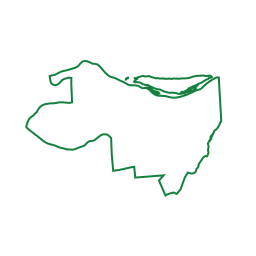 outline of Berón de Astrada, Corrientes, Argentina, rotated 348°
{"feature_id": "61730980B95294752297782", "entity_name": "Berón de Astrada", "entity_type": "district", "adm_level": 2, "iso_a3": "ARG", "parent_name": "Argentina", "parent_adm1": "Corrientes", "projection": "albers", "projection_center": [-57.552, -27.488], "detail": "fine", "context": "isolated", "style": "outline", "palette": "green", "viewbox_px": 256, "rotation_deg": 348, "n_neighbors": 0, "source": "geoboundaries", "source_scale": "gbopen_adm2", "svg_char_len": 5738}
<svg xmlns="http://www.w3.org/2000/svg" viewBox="0 0 256 256"><g transform="rotate(348 128 128)"><path d="M47.0,126.9L53.2,130.1L55.8,132.1L56.8,132.7L59.2,133.9L61.8,135.1L63.5,136.1L65.5,136.7L66.9,137.0L69.3,137.7L71.3,137.7L76.5,136.8L81.0,136.3L81.8,136.0L82.6,135.6L84.3,134.3L86.6,133.2L87.8,132.9L89.3,132.9L91.3,133.3L92.4,133.0L96.4,131.1L99.4,129.7L101.1,129.2L103.0,129.1L105.6,129.8L106.7,130.5L108.0,132.1L109.4,134.4L106.7,150.0L104.6,166.8L110.7,167.2L123.2,167.1L126.0,167.2L124.8,178.0L153.0,181.7L147.4,185.8L150.6,201.8L152.5,201.1L155.1,200.8L159.0,200.6L159.6,200.8L161.9,202.6L166.4,199.2L166.9,198.5L173.3,188.2L177.4,184.1L177.8,184.5L180.7,185.8L182.4,185.9L183.3,185.8L184.3,185.4L185.2,184.7L185.8,183.8L186.5,182.3L187.2,181.7L187.9,181.3L188.6,180.7L189.1,179.9L189.4,178.7L189.7,178.1L190.2,177.5L194.5,173.5L195.3,172.6L195.8,172.3L197.7,171.5L199.3,172.2L199.9,171.6L201.6,169.0L201.6,166.5L203.0,162.7L202.9,159.9L204.9,157.4L205.6,157.5L205.8,156.7L206.2,156.7L206.6,155.3L207.3,155.6L207.6,154.3L208.1,153.8L207.3,153.6L208.4,152.3L209.2,152.4L210.3,150.8L211.3,150.0L211.4,149.1L212.7,148.3L214.2,147.6L215.1,147.0L216.2,145.9L218.0,143.9L219.5,141.9L220.7,140.5L222.2,130.6L227.3,97.4L226.6,97.4L225.3,97.0L224.1,97.1L219.6,98.6L216.9,99.6L214.5,100.8L209.6,103.5L208.0,104.6L206.4,105.1L202.8,105.3L200.7,105.7L198.1,106.5L196.5,106.7L192.1,107.8L184.5,108.4L182.0,108.3L178.6,107.8L176.3,107.0L170.8,104.4L168.1,103.6L166.1,103.2L164.5,102.7L163.9,102.6L162.4,101.7L160.8,100.5L159.6,99.1L158.6,97.9L158.0,96.8L156.9,95.2L155.1,93.4L153.5,92.5L151.1,92.2L150.1,91.9L146.6,88.8L146.0,88.6L144.2,87.8L140.2,87.0L138.2,86.2L137.0,85.5L135.9,84.5L135.6,84.3L133.0,82.0L130.3,80.1L126.4,77.0L124.5,75.8L122.5,74.8L120.6,73.6L119.6,72.5L118.7,71.3L118.4,70.7L117.4,69.5L116.3,67.5L113.1,61.7L112.2,60.4L111.2,59.5L109.9,58.8L108.3,58.1L107.4,58.0L106.1,57.4L105.1,56.4L103.4,55.1L101.4,54.0L99.9,53.6L98.0,53.4L96.4,54.0L93.9,55.7L92.8,56.6L91.6,57.3L90.3,57.7L87.7,58.2L84.4,58.5L79.5,58.8L75.8,58.8L73.0,59.3L67.3,60.8L62.2,60.8L61.9,65.0L61.9,66.6L62.2,67.9L63.0,69.4L64.4,70.5L65.8,71.0L66.5,71.0L68.3,70.8L70.3,69.8L72.0,68.7L73.1,67.7L74.3,67.1L75.7,66.8L80.3,66.4L81.1,66.6L82.0,67.1L83.0,67.2L81.7,73.2L78.6,91.3L76.5,91.3L74.8,91.0L70.8,89.7L67.3,88.8L65.6,88.6L63.0,88.6L61.5,88.5L59.9,88.3L57.5,87.8L55.4,87.6L51.8,87.5L49.9,87.7L48.2,88.2L46.6,89.0L44.5,90.7L42.0,93.5L39.7,94.8L37.6,96.3L36.1,96.8L33.9,98.0L32.8,99.0L31.5,100.7L29.8,103.3L28.7,105.8L29.4,107.2L30.9,109.2L36.3,115.6L37.8,117.3L42.7,123.4L44.7,125.2L46.3,126.5L47.0,126.9ZM155.0,81.0L154.0,80.4L153.5,80.2L152.7,80.1L151.8,80.2L150.3,80.4L148.9,80.4L147.9,80.6L147.3,80.7L146.9,80.7L146.7,80.8L146.0,80.8L144.7,80.7L144.5,80.8L144.1,81.0L144.3,81.0L145.1,81.1L145.5,81.6L145.8,81.8L146.1,81.6L146.3,81.3L146.5,81.2L147.2,81.3L147.5,81.4L147.5,81.6L147.3,81.8L146.4,82.1L145.3,82.8L144.4,83.5L143.8,83.7L143.6,84.0L144.6,84.7L146.4,85.0L147.4,85.4L148.7,85.8L149.6,86.3L150.3,86.9L151.7,88.4L152.6,88.7L153.6,89.3L155.1,89.8L155.8,89.9L156.7,90.3L158.2,91.8L162.8,95.1L164.1,95.7L164.1,95.9L164.4,96.1L165.5,96.5L166.4,96.7L167.8,97.4L169.2,98.5L170.6,99.6L173.4,101.0L174.1,101.4L174.3,101.5L175.6,102.1L177.0,102.4L177.8,102.4L181.8,103.6L182.7,104.0L183.3,104.5L184.8,105.2L185.9,105.3L186.4,105.1L187.0,104.7L187.3,104.3L188.0,103.8L188.5,103.8L189.6,104.4L190.0,104.4L190.6,104.3L191.3,103.9L193.5,103.3L194.3,102.9L195.2,102.2L195.6,102.0L198.9,101.1L200.0,100.8L200.8,100.7L203.2,100.3L204.1,100.1L205.2,99.7L205.8,99.7L206.3,99.5L207.4,99.2L209.1,99.0L211.0,98.3L212.4,97.7L212.8,97.7L213.3,97.6L213.5,97.4L214.1,97.1L215.7,96.8L216.2,96.8L216.9,96.6L217.8,95.8L218.2,96.0L218.7,96.0L219.6,95.8L220.5,95.8L220.6,95.2L219.2,93.9L218.7,93.7L216.8,93.6L216.2,93.7L214.2,93.1L213.5,92.6L212.7,92.4L210.2,91.9L209.2,91.9L205.7,91.2L203.1,91.3L202.8,91.4L202.3,91.3L201.0,91.3L199.9,91.7L198.9,91.6L197.1,91.7L194.0,91.3L193.7,91.3L192.9,91.0L187.3,90.3L185.7,89.7L184.5,89.5L182.7,89.0L181.1,89.1L180.6,89.0L179.7,88.6L177.9,88.1L177.4,88.2L173.6,87.3L173.1,87.1L172.9,86.8L170.9,86.6L170.1,86.3L169.2,86.2L168.6,85.9L167.4,85.4L166.3,85.3L165.2,85.0L163.8,84.1L161.9,83.3L161.2,83.0L159.4,81.6L158.9,81.4L158.2,81.4L158.0,81.5L157.6,81.5L156.4,81.3L155.0,81.0ZM202.7,102.6L202.4,102.2L201.3,102.3L200.5,102.3L199.7,102.3L197.5,102.9L196.6,103.1L195.6,103.5L195.0,103.6L192.9,104.8L192.6,105.2L192.7,105.3L192.8,105.4L193.0,105.4L193.6,105.2L194.4,105.1L194.8,104.9L195.4,104.8L196.4,104.8L196.9,105.0L197.3,105.0L199.1,104.9L201.3,104.3L201.9,103.9L202.3,103.4L202.7,103.2L202.7,102.6ZM165.2,99.4L163.3,98.3L162.6,98.1L161.9,97.6L161.3,97.3L160.5,96.5L160.0,96.6L160.4,97.1L161.3,99.0L161.5,99.2L162.2,99.4L162.7,99.4L163.1,99.2L165.0,99.9L165.6,100.2L165.5,99.8L165.2,99.4ZM204.3,101.0L204.5,100.8L205.0,100.7L205.3,100.4L205.2,100.1L203.6,100.5L202.9,100.9L200.9,101.0L200.0,101.7L200.4,102.0L201.9,102.2L202.0,102.1L202.5,102.1L203.5,101.3L203.9,101.2L204.1,101.0L204.3,101.0ZM189.2,104.7L188.5,104.1L188.1,104.1L187.8,104.2L187.2,104.9L186.9,105.2L186.7,105.2L186.6,105.5L187.9,105.6L188.8,105.5L189.4,105.2L189.8,105.2L189.8,104.9L189.6,104.7L189.2,104.7ZM164.7,101.2L165.2,100.9L165.3,100.5L164.8,100.1L164.2,100.0L163.3,99.5L162.6,99.6L161.9,99.6L162.1,99.9L164.2,101.1L164.7,101.2ZM155.9,92.3L155.4,92.3L155.7,92.8L156.1,93.1L156.9,93.5L158.1,94.3L158.4,94.7L159.4,95.3L159.4,95.1L158.9,94.7L158.4,94.0L157.6,93.5L157.2,93.1L155.9,92.3ZM136.5,79.9L136.9,79.6L137.4,79.4L138.3,79.4L138.6,79.1L138.6,78.9L138.1,78.8L137.5,78.8L136.6,79.1L136.2,79.4L136.0,80.0L136.5,79.9ZM190.7,106.0L191.6,105.0L191.1,105.0L190.0,105.3L190.1,105.7L190.3,105.8L190.7,106.0Z" fill="none" stroke="#15803d" stroke-width="2"/></g></svg>